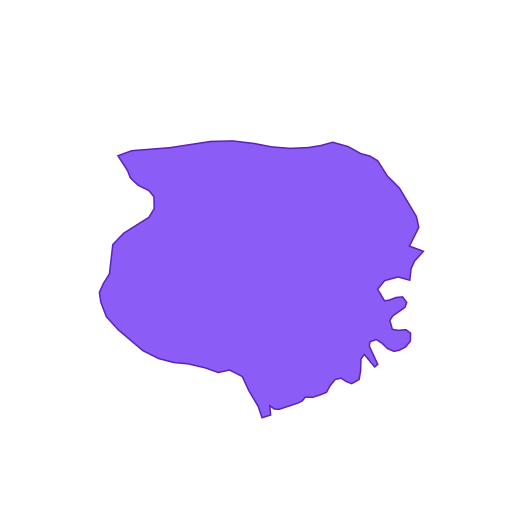 map outline of Tainan City (orthographic projection), rotated 231°
{"feature_id": "TWN-1160", "entity_name": "Tainan City", "entity_type": "Special Municipality", "adm_level": 1, "iso_a3": "TWN", "parent_name": "Taiwan", "parent_adm1": "", "projection": "orthographic", "projection_center": [120.249, 23.155], "detail": "fine", "context": "isolated", "style": "filled", "palette": "violet", "viewbox_px": 512, "rotation_deg": 231, "n_neighbors": 0, "source": "natural_earth", "source_scale": "10m", "svg_char_len": 1326}
<svg xmlns="http://www.w3.org/2000/svg" viewBox="0 0 512 512"><g transform="rotate(231 256 256)"><path d="M154.3,389.1L152.3,376.0L148.5,368.5L140.4,360.3L150.3,353.2L155.9,340.5L153.6,329.6L140.4,327.7L137.9,331.6L135.7,338.6L132.0,344.2L125.0,343.9L122.3,339.3L123.4,324.6L121.7,319.5L113.2,315.8L108.4,320.1L104.5,326.1L98.8,327.6L92.7,322.4L91.2,315.1L92.6,308.0L95.1,303.2L101.2,300.0L109.0,299.0L115.4,296.9L117.6,290.6L114.6,287.3L95.1,282.4L95.1,278.4L111.4,278.2L109.8,272.7L101.0,265.1L95.1,258.4L96.6,250.0L101.8,247.1L107.5,245.2L110.2,239.9L108.5,231.7L105.7,225.0L107.6,218.8L110.5,211.1L115.3,205.6L114.3,200.8L115.3,196.1L122.3,177.5L125.6,173.9L131.0,172.5L123.2,167.3L126.5,158.9L137.5,163.0L155.9,165.7L171.0,169.5L184.0,163.7L189.2,153.4L201.2,146.0L215.0,135.3L224.7,125.3L237.5,115.8L253.7,108.5L285.4,102.5L303.0,101.5L318.0,106.4L326.4,111.5L330.7,120.2L334.3,130.8L355.0,151.9L357.0,167.5L353.5,197.1L356.8,206.6L366.2,213.9L374.0,214.0L385.2,208.9L395.6,207.5L403.3,209.9L420.8,211.8L416.1,225.6L394.4,257.2L373.6,292.8L360.2,310.2L344.6,325.4L331.2,336.6L318.3,350.1L307.4,364.8L301.1,375.8L296.1,387.2L283.0,396.5L269.5,401.9L262.1,407.4L253.3,410.5L235.7,408.4L218.5,410.2L185.8,405.5L175.8,400.5L167.5,382.4L167.2,381.4L154.3,389.1Z" fill="#8b5cf6" stroke="#5b21b6" stroke-width="1.5"/></g></svg>